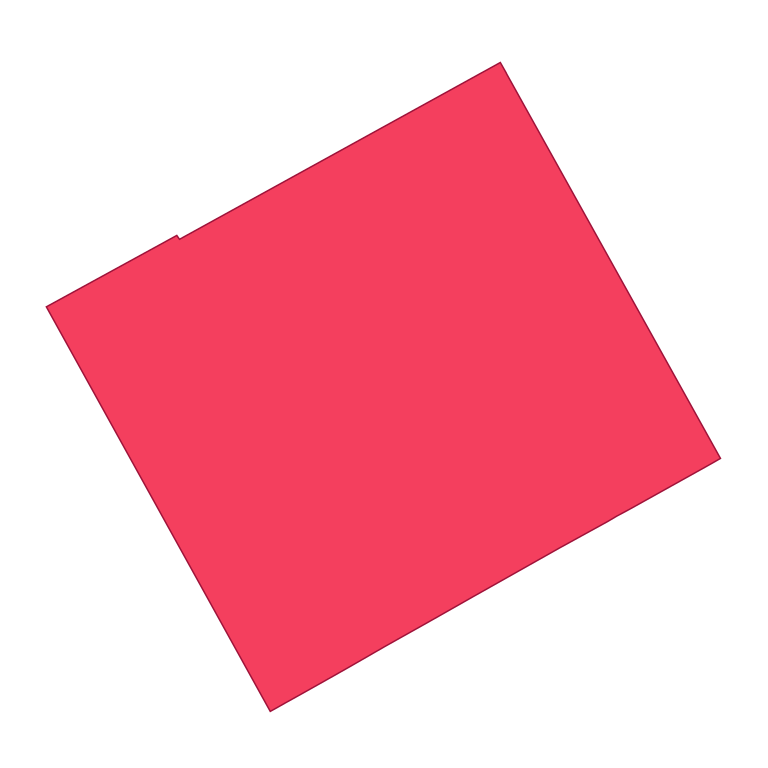 Prowers, Colorado, United States of America (orthographic projection), rotated 61°
{"feature_id": "52423323B94431049458493", "entity_name": "Prowers", "entity_type": "district", "adm_level": 2, "iso_a3": "USA", "parent_name": "United States of America", "parent_adm1": "Colorado", "projection": "orthographic", "projection_center": [-102.223, 37.956], "detail": "fine", "context": "isolated", "style": "filled", "palette": "rose", "viewbox_px": 768, "rotation_deg": 61, "n_neighbors": 0, "source": "geoboundaries", "source_scale": "gbopen_adm2", "svg_char_len": 494}
<svg xmlns="http://www.w3.org/2000/svg" viewBox="0 0 768 768"><g transform="rotate(61 384 384)"><path d="M159.2,126.4L158.3,492.7L153.6,493.2L152.8,641.9L615.2,642.2L615.2,633.8L615.1,624.5L615.1,612.3L614.9,576.4L614.8,564.3L614.6,546.4L614.2,522.7L614.0,510.5L613.9,493.5L613.7,457.3L613.2,409.1L613.2,407.5L612.5,310.4L612.7,254.6L612.4,244.7L612.6,230.8L612.4,141.3L612.3,131.0L612.2,125.8L172.3,126.4L171.2,126.3L159.2,126.4Z" fill="#f43f5e" stroke="#9f1239" stroke-width="1.5"/></g></svg>